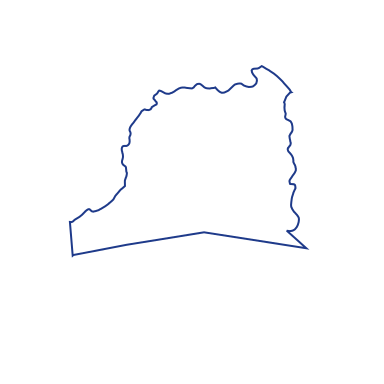 the district of Choucomel, Micoud, Saint Lucia, rotated 331°
{"feature_id": "8701671B85920169217386", "entity_name": "Choucomel", "entity_type": "district", "adm_level": 2, "iso_a3": "LCA", "parent_name": "Saint Lucia", "parent_adm1": "Micoud", "projection": "natural_earth1", "projection_center": [-60.959, 13.833], "detail": "fine", "context": "isolated", "style": "outline", "palette": "blue", "viewbox_px": 384, "rotation_deg": 331, "n_neighbors": 0, "source": "geoboundaries", "source_scale": "gbopen_adm2", "svg_char_len": 5912}
<svg xmlns="http://www.w3.org/2000/svg" viewBox="0 0 384 384"><g transform="rotate(331 192 192)"><path d="M264.7,296.6L256.1,271.7L256.2,271.8L256.4,272.0L256.8,272.5L257.3,272.7L258.3,273.5L258.6,273.6L260.2,274.3L260.6,274.3L260.8,274.4L261.0,274.4L261.2,274.6L263.2,274.6L264.0,274.5L265.8,273.8L266.9,273.3L267.2,273.0L268.1,272.5L269.3,271.4L270.7,270.0L272.0,268.2L272.4,267.5L272.8,266.5L272.9,266.0L272.9,264.4L272.8,264.2L272.7,262.9L272.2,261.0L272.2,260.7L272.0,260.0L271.9,259.5L271.8,259.3L271.8,259.1L271.6,258.7L271.6,258.3L271.5,257.0L271.5,256.7L271.4,255.1L271.6,254.0L271.5,253.7L271.9,252.3L272.7,250.8L273.5,249.7L273.8,249.2L276.0,246.2L277.1,244.9L280.0,242.2L280.5,241.6L281.0,241.3L282.7,240.0L283.7,239.4L283.9,239.1L284.1,239.0L284.5,238.7L284.6,238.1L284.9,237.7L285.2,236.8L285.3,236.4L285.4,236.2L285.4,235.5L285.3,235.3L285.2,235.0L284.8,234.8L284.5,234.3L284.1,234.2L283.9,233.9L283.4,233.7L282.9,233.3L282.2,232.9L281.7,232.5L281.8,231.9L281.9,231.6L282.1,230.9L282.4,230.0L282.6,229.6L283.2,229.0L283.3,229.0L284.2,228.4L286.3,227.4L287.0,227.0L287.2,226.9L288.3,226.3L289.1,226.0L291.3,224.9L292.8,223.8L293.3,223.4L293.7,222.7L293.8,222.5L293.9,222.3L294.3,221.6L294.4,220.8L294.8,220.0L294.9,219.3L295.1,218.3L295.0,217.7L295.1,216.5L295.1,215.9L295.1,215.4L295.4,214.5L295.9,213.7L296.6,211.9L296.8,211.4L296.9,210.5L297.0,209.6L297.0,208.3L296.9,207.7L296.8,206.6L296.6,206.2L296.6,205.5L296.4,205.1L296.3,204.5L296.0,203.4L296.0,202.8L296.3,201.3L296.6,200.8L296.7,200.7L296.9,200.4L297.3,200.1L297.6,200.1L297.7,199.9L298.0,199.9L298.3,199.7L299.2,199.3L299.7,199.0L300.1,199.0L300.9,198.5L301.9,197.4L302.0,197.0L302.2,196.8L302.5,195.3L302.7,195.0L303.4,192.6L304.2,190.6L304.4,190.2L304.8,189.9L305.6,189.4L305.9,189.1L306.1,189.1L306.4,188.9L306.6,188.8L306.8,188.6L307.0,188.6L307.3,188.4L307.7,188.2L307.9,188.2L308.0,188.0L308.5,187.8L309.2,187.3L310.1,186.4L310.3,185.9L310.9,184.8L311.1,184.4L311.7,183.1L312.5,180.5L312.5,178.1L312.2,177.6L312.1,177.3L311.6,176.7L311.3,176.0L310.7,175.3L309.8,174.0L309.7,173.6L309.6,173.1L309.6,172.3L309.8,171.6L310.0,171.2L311.1,170.0L311.9,169.0L312.1,168.1L312.2,167.5L312.3,166.8L312.6,165.6L312.9,164.9L313.1,164.5L313.8,162.9L314.1,162.6L314.2,162.3L314.3,162.2L314.5,161.8L314.7,161.7L314.8,161.4L315.5,160.5L315.6,160.1L315.7,159.9L316.0,159.1L316.0,158.1L317.0,157.4L320.8,154.3L322.0,153.9L325.9,152.6L327.2,152.9L327.1,152.7L327.1,150.1L326.9,148.9L326.0,144.9L325.2,141.6L324.8,139.3L324.0,136.5L322.5,131.8L321.0,128.1L318.8,123.9L318.4,122.9L316.7,120.3L314.9,117.0L314.0,115.7L310.8,116.0L309.2,115.8L308.6,115.5L305.9,114.2L304.9,114.0L304.2,114.0L303.1,114.6L302.5,116.5L302.5,118.8L302.8,120.5L303.5,123.6L303.5,124.3L302.7,126.2L300.8,128.2L298.5,128.9L296.3,129.2L294.5,128.6L292.6,127.7L290.7,126.0L289.0,124.0L287.7,121.2L286.5,120.3L284.7,119.5L283.1,119.1L281.8,118.8L280.3,119.0L273.1,120.9L272.0,120.9L268.7,120.7L268.0,120.5L266.8,120.0L266.0,119.5L265.6,118.9L265.2,118.5L264.6,117.4L264.0,115.8L263.8,115.3L263.4,113.6L263.0,111.8L262.3,111.8L261.3,111.5L259.4,110.6L257.7,110.1L255.7,108.8L254.7,108.0L253.7,106.7L253.3,105.8L252.9,104.6L252.0,102.4L251.3,101.3L250.7,100.8L249.2,100.2L248.4,100.1L246.0,100.6L244.1,101.4L242.3,101.4L241.4,100.9L237.7,98.3L236.4,97.2L234.1,95.9L232.7,95.4L230.8,95.1L227.4,95.2L225.3,95.5L222.5,95.5L221.3,95.2L220.0,95.1L219.2,94.8L217.6,93.8L216.4,92.7L214.2,89.2L213.6,88.4L212.5,87.4L211.4,87.7L210.1,88.5L209.0,89.0L207.7,89.2L205.7,89.4L204.0,90.9L203.6,91.7L203.8,92.7L204.1,93.9L204.2,95.4L204.5,95.9L204.5,96.5L204.3,97.3L203.4,98.2L201.4,98.1L197.9,98.3L197.3,98.9L196.4,99.3L196.0,99.6L193.9,99.4L191.7,98.0L190.8,96.9L190.3,96.7L187.1,96.9L186.5,97.3L186.1,97.4L185.4,98.0L185.1,98.1L182.4,99.5L179.5,100.7L179.0,101.0L178.8,101.0L178.5,101.1L178.1,101.4L177.8,101.4L174.9,102.8L173.5,103.4L173.0,103.5L172.2,103.9L171.9,104.0L171.7,104.1L170.5,104.7L169.2,105.5L168.9,105.8L168.7,106.0L168.3,106.3L168.1,106.6L167.7,107.0L167.5,107.4L167.3,107.7L167.2,108.3L167.1,108.8L167.1,109.4L167.1,109.9L166.8,110.7L166.6,111.2L165.7,112.3L164.0,113.5L163.7,113.9L163.2,114.8L163.0,115.1L162.9,115.7L162.0,117.5L161.5,118.2L161.1,118.7L160.7,119.1L160.2,119.4L159.8,119.6L159.0,119.9L158.4,120.0L157.3,120.0L156.9,119.9L155.0,118.8L153.9,118.5L153.2,118.6L152.3,119.2L151.5,120.1L151.3,120.4L151.1,121.0L150.7,121.8L150.6,122.0L150.6,122.5L150.2,123.7L150.0,124.1L150.0,124.6L149.8,125.3L149.5,126.1L148.9,127.4L148.1,128.6L147.4,129.3L147.3,129.5L146.6,130.1L145.9,130.9L145.6,131.3L145.1,132.2L144.9,133.2L144.9,134.5L145.1,134.9L145.2,135.3L145.7,136.4L146.1,137.3L146.2,137.5L146.2,137.8L146.1,138.6L145.7,139.5L145.5,140.0L144.6,142.0L144.4,142.6L144.4,143.1L144.4,143.4L144.1,144.1L143.0,145.6L142.8,145.7L142.7,145.9L142.2,146.5L141.9,146.8L141.4,147.1L140.7,147.7L140.6,147.9L140.4,148.0L138.9,149.4L138.3,150.4L137.9,151.1L137.7,151.6L137.5,151.9L137.2,152.5L136.7,153.4L136.3,154.2L136.1,154.2L135.9,154.3L135.7,154.4L135.1,154.5L134.6,154.7L134.1,154.7L133.9,154.8L133.4,154.9L132.9,155.0L132.3,155.1L132.0,155.2L131.7,155.2L130.9,155.3L129.5,155.8L129.3,155.8L128.8,156.1L125.3,157.4L124.8,157.5L124.7,157.6L123.1,158.2L119.6,160.4L117.0,161.1L116.3,161.2L115.1,161.5L114.6,161.5L114.4,161.6L114.0,161.6L113.7,161.8L112.4,162.0L111.9,162.1L110.8,162.2L109.3,162.4L103.9,162.6L103.1,162.5L101.5,162.6L99.6,162.2L98.5,162.0L96.6,161.4L96.3,161.4L95.4,160.7L94.9,160.1L94.5,158.8L94.3,158.3L94.2,157.9L94.0,157.4L93.2,156.9L92.8,156.8L91.6,156.8L91.3,156.9L90.8,156.9L89.9,157.1L89.6,157.2L89.3,157.2L89.1,157.4L88.7,157.4L87.6,157.8L87.0,157.9L86.7,158.1L86.1,158.2L86.0,158.3L85.4,158.4L84.9,158.6L82.6,159.0L82.1,159.1L81.2,159.2L76.3,159.4L75.7,159.5L75.2,159.6L74.4,159.8L74.2,159.9L73.9,160.0L72.8,160.0L72.0,159.9L70.7,159.0L56.8,189.8L57.7,189.6L109.3,206.5L183.0,233.1L264.7,296.6Z" fill="none" stroke="#1e3a8a" stroke-width="2"/></g></svg>